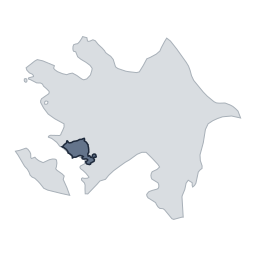 location of Lachin District, Laçın, Azerbaijan
{"feature_id": "54616110B46945931752574", "entity_name": "Lachin District", "entity_type": "district", "adm_level": 2, "iso_a3": "AZE", "parent_name": "Azerbaijan", "parent_adm1": "Laçın", "projection": "orthographic", "projection_center": [46.409, 39.71], "detail": "fine", "context": "in_parent", "style": "filled", "palette": "slate", "viewbox_px": 256, "rotation_deg": 0, "n_neighbors": 0, "source": "geoboundaries", "source_scale": "gbopen_adm2", "svg_char_len": 5788}
<svg xmlns="http://www.w3.org/2000/svg" viewBox="0 0 256 256"><path d="M183.2,217.2L182.1,217.1L173.7,219.4L171.9,218.7L164.5,209.7L163.0,208.7L159.8,208.4L158.0,206.9L156.4,204.4L155.6,202.6L148.0,197.8L146.9,196.0L146.7,194.4L147.8,192.9L149.0,191.6L152.6,190.3L156.8,189.2L158.2,188.4L158.8,187.0L158.8,184.9L158.0,182.8L151.9,179.1L151.2,177.5L150.9,175.5L151.3,173.4L152.2,171.7L157.1,169.4L159.6,167.0L157.9,164.4L152.5,158.6L146.1,152.3L141.9,152.3L137.1,154.3L129.4,159.9L125.2,162.3L119.6,166.3L113.6,170.7L108.6,175.4L105.5,179.3L99.9,181.0L97.1,184.2L87.8,193.9L85.2,193.8L85.0,189.0L85.1,185.2L84.5,183.0L81.5,180.0L81.5,178.7L82.3,177.9L84.6,178.4L87.6,178.2L89.0,177.1L85.8,173.1L83.0,170.5L80.6,168.7L80.0,167.6L80.0,166.9L80.5,166.0L84.6,163.8L85.0,161.8L84.8,159.6L78.3,156.3L73.4,157.5L69.1,153.8L66.3,151.0L62.8,147.9L59.7,146.2L56.8,142.4L51.7,138.4L48.4,137.2L48.4,136.6L49.0,135.9L50.4,135.3L59.6,135.5L60.7,134.8L61.3,133.1L62.6,130.6L64.1,126.9L64.0,123.8L54.8,118.8L48.2,114.1L43.6,108.0L40.6,102.4L40.7,100.5L41.6,98.7L48.8,93.7L49.2,92.4L49.1,91.4L46.6,88.8L43.5,86.1L42.5,84.1L40.5,83.0L36.7,82.9L30.1,79.5L28.7,79.2L28.4,78.5L28.7,77.8L33.5,76.6L33.4,75.4L32.0,74.0L29.4,72.9L26.9,70.2L26.1,67.8L34.8,61.0L37.3,59.6L42.9,60.9L54.4,65.7L53.6,68.2L54.8,69.7L57.4,71.6L62.5,73.7L66.8,74.7L69.0,73.8L72.4,73.1L76.7,75.4L80.7,78.3L82.7,79.5L83.8,79.8L86.8,78.9L90.4,75.1L91.8,70.6L92.2,68.4L90.1,65.4L85.8,62.2L80.9,59.3L77.7,56.8L75.7,51.8L73.7,51.3L73.2,50.6L72.9,48.9L73.0,46.6L73.7,44.7L75.6,44.0L77.6,43.7L79.4,41.9L81.7,38.5L82.6,36.6L86.9,37.7L87.4,40.8L88.2,41.4L89.9,41.1L92.9,39.8L95.2,40.7L98.2,44.4L102.3,48.2L104.6,50.8L105.5,52.5L107.6,54.2L110.7,56.3L113.2,59.4L115.5,66.8L117.8,68.5L125.8,71.2L128.7,71.7L136.6,72.6L139.3,71.9L143.3,65.4L146.8,58.8L150.2,57.4L156.3,54.1L159.9,51.0L161.3,47.7L164.6,41.5L166.7,38.1L170.4,41.0L176.8,49.1L186.2,62.3L188.5,66.1L190.1,70.4L191.5,75.7L193.7,80.4L203.2,92.0L207.4,96.3L214.0,101.7L216.4,102.9L219.4,103.2L225.0,103.0L230.2,105.0L232.8,106.4L235.5,108.6L238.0,111.1L240.6,118.0L231.6,116.0L222.6,116.8L217.6,118.5L212.8,120.7L208.1,123.8L205.4,129.5L203.3,142.6L200.0,154.9L200.3,160.5L202.1,165.9L202.0,168.5L200.4,169.6L198.3,172.0L195.9,183.2L194.5,185.5L192.7,187.0L192.2,185.6L192.2,182.7L188.2,180.2L186.1,183.2L184.8,189.4L182.1,196.0L182.0,197.2L183.2,217.2ZM47.6,103.6L48.0,101.8L46.9,101.1L45.7,101.0L44.7,101.9L44.6,104.0L46.1,104.4L47.6,103.6ZM17.3,154.0L16.0,152.2L15.4,151.2L19.4,150.4L26.1,148.1L27.9,149.3L29.8,151.8L30.7,153.9L30.8,157.8L31.6,158.5L34.9,157.2L36.3,158.8L38.8,160.7L43.1,162.6L49.4,159.7L52.5,159.0L55.1,159.1L56.5,160.0L56.9,163.1L56.4,166.8L55.7,168.8L57.0,170.3L62.1,173.9L64.2,176.0L63.2,179.4L67.0,187.9L68.2,191.2L69.7,195.3L61.9,193.6L47.7,190.1L43.8,188.3L40.1,183.6L38.0,181.3L34.8,178.3L32.1,177.1L30.1,175.1L29.0,172.1L27.4,169.3L24.5,166.1L18.1,155.2L17.3,154.0ZM26.8,81.7L25.9,82.3L24.6,81.6L24.2,80.3L24.4,78.9L25.7,78.6L26.7,79.0L27.0,80.3L26.8,81.7Z" fill="#d9dde1" stroke="#a8b0b8" stroke-width="1"/><path d="M62.3,146.8L62.9,147.3L64.0,147.5L64.6,148.2L65.4,148.7L66.1,149.3L66.9,150.1L67.2,150.7L67.8,151.4L68.0,152.0L68.0,152.7L68.3,153.2L68.7,153.2L69.3,153.4L69.9,153.8L70.4,154.4L71.1,154.9L71.7,155.2L72.0,155.8L72.2,156.1L72.2,156.3L72.3,156.9L72.3,157.4L72.4,158.0L72.8,157.9L73.1,157.5L73.3,157.2L73.8,157.2L74.4,157.2L75.0,157.2L75.7,157.2L76.3,157.0L76.9,156.7L77.4,156.5L77.8,156.3L78.2,156.0L78.8,155.7L79.2,155.5L79.9,155.5L80.5,155.5L81.0,155.6L81.5,155.9L82.5,156.0L82.8,156.2L83.3,156.7L83.0,156.9L82.4,157.2L82.0,157.6L82.2,158.3L82.4,158.8L83.0,159.0L83.6,159.1L84.5,159.0L85.2,159.0L85.9,158.8L86.5,159.0L87.2,159.3L87.6,159.6L87.8,160.0L87.5,160.4L87.3,160.7L86.8,161.1L86.4,161.3L85.9,161.3L85.6,161.7L85.7,162.1L86.1,162.7L86.1,163.3L86.9,164.0L88.1,164.3L88.8,164.4L89.4,164.6L89.9,164.4L90.5,164.2L90.5,163.1L91.7,162.7L92.3,162.1L93.2,161.8L93.9,161.3L94.0,161.3L94.3,160.6L94.4,160.1L94.4,159.5L94.4,159.2L94.1,159.0L93.8,158.8L93.5,158.7L93.3,158.6L93.2,158.2L93.2,157.9L93.6,157.6L93.9,157.3L94.4,157.2L94.9,157.3L95.4,157.3L95.9,157.2L96.1,157.0L96.2,156.6L96.2,156.4L96.0,155.8L95.9,155.5L95.8,155.0L95.7,154.7L95.4,154.6L95.2,154.2L94.9,154.1L94.4,154.1L93.9,154.1L93.5,154.2L93.1,154.5L92.9,154.7L92.5,155.0L92.4,155.2L92.4,155.6L92.4,155.9L92.3,156.2L92.1,156.5L91.9,157.0L91.7,157.3L91.4,157.4L91.1,157.5L90.6,157.3L90.3,157.0L90.2,156.7L90.2,156.3L89.9,156.0L89.6,155.7L89.0,155.8L88.7,156.1L88.4,156.2L88.1,156.1L88.0,155.9L87.9,154.9L87.8,154.4L87.9,153.8L88.0,153.4L88.4,153.0L88.5,152.6L88.8,152.2L88.8,151.8L88.7,151.5L88.7,151.0L88.7,150.5L88.7,149.8L88.7,149.3L88.7,148.9L88.6,148.6L88.5,148.2L88.5,147.8L88.5,147.7L88.5,147.3L88.3,146.7L88.2,146.4L88.1,145.7L88.1,145.2L88.1,144.7L87.7,144.4L87.5,144.0L87.3,143.7L87.1,143.5L87.0,143.1L86.7,142.8L86.6,142.6L86.3,142.3L86.0,142.0L85.6,141.6L85.4,141.5L85.1,141.3L84.8,141.2L84.5,141.0L84.3,140.8L84.3,140.3L84.4,140.0L84.5,139.7L84.6,139.3L84.6,139.2L84.4,138.6L84.1,138.3L83.8,138.5L83.5,138.6L82.9,138.7L82.7,138.9L82.3,139.1L81.9,139.3L81.3,139.3L80.5,139.4L80.0,139.4L79.5,139.5L79.1,139.7L78.9,139.9L78.6,140.0L78.3,140.2L77.9,140.4L77.7,140.6L77.3,140.7L77.0,140.7L76.7,140.8L76.4,140.9L76.1,141.0L75.8,141.0L75.4,141.1L75.0,141.1L74.6,141.2L74.3,141.3L74.0,141.3L73.6,141.4L73.2,141.5L72.8,141.8L72.5,141.9L72.2,142.1L71.9,142.4L71.5,142.5L71.2,142.6L70.8,142.7L70.4,142.7L70.0,142.8L69.6,142.9L69.1,142.8L68.7,142.6L68.4,142.4L68.3,142.1L68.0,141.8L67.9,141.5L67.7,141.2L67.4,140.9L67.1,140.8L66.9,140.9L66.7,141.3L66.7,141.6L66.7,142.1L66.6,142.6L66.4,142.9L66.0,143.2L65.6,143.7L65.3,143.9L64.9,144.1L64.5,144.3L64.1,144.9L63.7,145.2L63.3,145.7L63.0,146.1L62.7,146.5L62.4,146.8L62.3,146.8Z" fill="#64748b" stroke="#1e293b" stroke-width="1.5"/></svg>